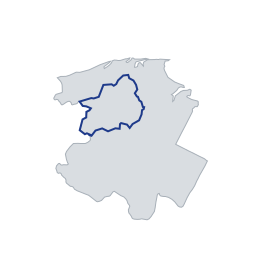 location of Ngounié within Gabon, rotated 117°
{"feature_id": "GAB-2622", "entity_name": "Ngounié", "entity_type": "Province", "adm_level": 1, "iso_a3": "GAB", "parent_name": "Gabon", "parent_adm1": "", "projection": "orthographic", "projection_center": [11.097, -1.69], "detail": "coarse", "context": "in_parent", "style": "outline", "palette": "blue", "viewbox_px": 256, "rotation_deg": 117, "n_neighbors": 0, "source": "natural_earth", "source_scale": "10m", "svg_char_len": 3871}
<svg xmlns="http://www.w3.org/2000/svg" viewBox="0 0 256 256"><g transform="rotate(117 128 128)"><path d="M174.9,46.1L174.8,48.0L172.6,52.7L171.6,56.4L171.4,60.3L172.0,63.4L173.0,65.6L173.7,68.0L173.2,69.7L172.1,70.4L172.8,71.3L174.4,71.5L177.1,70.7L181.3,69.5L186.8,67.6L190.4,66.6L196.3,67.2L199.4,68.0L201.1,69.3L202.8,74.8L203.7,75.7L205.1,78.0L206.3,80.9L206.6,82.3L206.4,83.4L205.2,84.9L203.9,87.2L203.4,88.5L202.3,89.5L200.8,90.5L196.9,90.9L196.3,91.5L195.2,93.9L193.1,96.0L192.1,97.9L191.3,100.5L191.5,103.7L191.0,108.2L190.6,111.4L191.7,112.4L196.4,113.2L197.3,113.8L198.6,115.7L200.2,117.5L204.5,118.7L206.2,120.1L207.5,121.6L207.7,122.8L206.7,127.8L205.8,132.6L206.2,136.2L206.5,139.7L207.0,144.8L206.8,147.9L205.6,149.8L205.5,151.2L206.1,153.0L205.0,157.9L204.3,158.8L202.4,159.7L201.4,161.0L201.0,163.1L200.0,165.9L198.9,167.0L198.9,168.3L199.9,169.3L199.9,170.7L198.0,172.5L196.8,173.9L194.2,174.5L191.3,173.8L190.6,172.8L191.3,171.3L191.1,170.1L190.0,168.8L188.5,165.5L187.1,164.8L186.3,166.1L183.9,168.6L179.7,171.9L176.7,172.1L171.2,171.1L166.6,169.6L164.5,165.8L163.1,162.7L161.2,159.0L159.0,157.3L156.6,156.2L155.6,156.1L152.2,158.2L151.2,159.0L151.2,160.6L151.5,162.2L152.0,163.0L152.5,164.0L152.4,165.6L151.8,167.7L151.6,170.0L141.0,172.3L139.2,171.5L137.9,170.4L136.3,170.6L131.7,171.8L130.1,171.0L128.4,170.4L127.6,170.9L127.5,171.9L128.3,177.3L128.1,179.4L127.0,182.2L126.5,184.0L129.3,184.5L130.3,185.4L131.3,186.8L132.6,188.0L132.7,188.8L131.2,190.3L130.7,192.0L131.4,193.4L133.3,194.8L136.1,196.3L137.4,197.3L137.3,198.2L136.0,200.1L135.5,201.7L134.6,203.2L134.8,204.5L136.1,205.8L135.9,206.9L135.1,207.7L133.4,207.6L131.9,207.7L130.6,207.3L126.5,203.0L125.6,202.9L119.6,206.2L118.1,207.6L116.9,209.5L115.3,213.8L112.6,211.3L110.2,206.8L107.5,204.0L101.8,199.5L100.3,196.2L93.7,188.9L84.3,181.6L77.5,175.2L76.4,173.8L77.6,174.0L84.2,177.2L85.0,176.8L85.8,176.1L83.0,174.4L80.3,173.1L77.7,172.3L75.2,172.4L73.7,171.1L72.8,169.0L72.3,167.3L71.2,165.4L67.6,161.7L66.7,160.2L64.7,158.2L65.9,158.0L69.8,159.9L70.2,159.1L69.8,158.0L65.9,156.2L63.8,156.1L63.3,154.8L63.6,153.4L60.8,147.9L57.9,143.8L57.5,141.8L65.3,150.8L66.3,150.9L67.7,150.8L70.9,149.8L70.3,148.6L68.9,147.4L67.4,147.9L65.6,148.1L64.6,147.5L64.2,146.6L66.0,142.3L65.3,142.5L64.7,143.3L63.7,143.6L62.1,143.9L58.3,141.6L54.9,135.3L54.0,134.0L53.1,131.8L52.2,130.9L48.3,122.0L49.8,122.7L51.5,125.3L55.0,124.7L56.3,123.2L57.5,123.3L58.7,122.9L60.2,121.5L64.7,115.4L65.8,107.3L65.4,102.5L64.8,97.7L66.3,96.2L66.8,97.2L67.1,98.9L67.8,100.2L69.4,101.3L72.3,101.6L76.8,103.4L78.5,104.5L78.9,102.2L84.1,100.3L82.5,99.6L77.9,100.4L71.5,97.5L69.4,95.7L67.5,92.3L65.4,90.5L65.6,88.9L70.1,87.4L71.3,87.5L71.8,89.3L73.1,90.0L73.5,89.8L73.7,88.3L73.7,84.2L72.4,78.3L72.8,77.2L74.0,76.8L75.1,76.0L75.9,75.9L77.5,76.0L78.2,77.4L78.7,78.1L80.2,78.5L81.5,79.2L82.6,79.0L83.5,78.2L84.9,78.0L89.0,78.0L92.8,78.0L100.3,78.0L107.8,78.1L115.3,78.1L120.9,78.1L120.9,74.8L120.9,69.6L120.9,63.5L120.8,57.7L120.8,52.3L120.7,45.9L121.1,44.1L121.4,43.3L121.3,42.3L127.1,42.2L137.6,42.7L142.2,42.6L143.5,42.7L149.2,42.4L153.9,42.8L155.9,43.2L157.6,43.5L163.2,43.7L170.5,43.4L172.9,43.5L174.3,44.4L174.9,46.1Z" fill="#d9dde1" stroke="#a8b0b8" stroke-width="1"/><path d="M151.7,158.1L151.1,157.7L151.4,162.2L153.1,163.6L151.9,170.0L141.0,172.4L137.6,170.0L132.5,172.4L129.8,170.4L127.3,170.0L127.6,174.8L128.9,178.4L126.4,183.1L118.0,174.3L117.2,171.9L113.5,168.2L100.8,169.5L96.5,162.4L96.8,159.9L94.2,158.4L90.1,158.5L83.4,156.1L80.6,151.9L83.1,149.5L83.2,144.7L85.9,140.4L89.5,137.2L93.9,137.7L95.9,134.4L95.7,133.3L98.3,130.5L98.6,128.0L102.5,124.3L102.1,123.1L104.0,122.6L105.7,123.6L109.7,122.1L116.1,121.6L122.3,125.7L127.2,126.5L125.4,130.4L126.8,136.4L128.1,136.9L132.5,135.1L134.0,139.1L140.0,144.3L140.1,150.8L145.0,155.8L151.5,157.0L151.7,158.1Z" fill="none" stroke="#1e3a8a" stroke-width="2"/></g></svg>